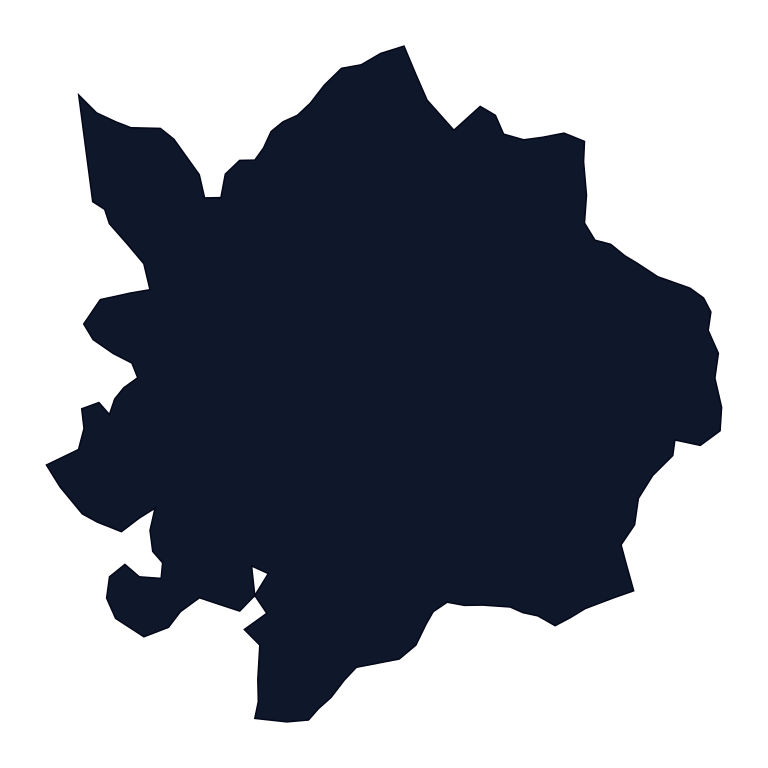 the district of Cerquilho, São Paulo, Brazil
{"feature_id": "56859067B20358363465828", "entity_name": "Cerquilho", "entity_type": "district", "adm_level": 2, "iso_a3": "BRA", "parent_name": "Brazil", "parent_adm1": "São Paulo", "projection": "albers", "projection_center": [-47.765, -23.188], "detail": "fine", "context": "isolated", "style": "filled", "palette": "ink", "viewbox_px": 768, "rotation_deg": 0, "n_neighbors": 0, "source": "geoboundaries", "source_scale": "gbopen_adm2", "svg_char_len": 1709}
<svg xmlns="http://www.w3.org/2000/svg" viewBox="0 0 768 768"><path d="M634.6,524.8L638.4,498.4L652.7,475.5L672.8,455.5L674.9,440.0L700.3,445.4L720.1,430.8L721.6,407.3L714.9,378.1L718.4,353.3L708.2,330.4L710.9,312.0L703.6,298.0L690.1,288.2L673.8,282.4L657.7,276.7L637.0,263.1L624.7,255.7L610.7,244.3L595.0,240.2L584.5,223.0L586.5,195.1L583.6,161.7L584.5,141.4L564.0,133.1L542.4,137.3L523.7,139.8L503.6,134.1L495.4,115.3L480.2,106.4L453.9,130.2L427.1,100.1L416.0,74.7L404.0,46.1L380.7,53.4L361.1,64.8L341.5,68.3L324.3,85.1L310.3,103.2L297.4,115.3L283.1,121.7L271.1,131.5L263.5,148.0L254.8,160.1L239.6,160.4L225.3,174.1L220.9,197.6L204.6,197.9L199.3,174.7L173.9,139.2L160.4,128.4L130.9,127.7L115.5,121.7L96.5,112.8L78.7,95.0L92.7,201.7L104.7,209.4L109.4,223.7L127.5,244.3L143.8,263.7L150.0,289.7L131.0,292.9L100.3,299.6L83.7,324.0L93.1,339.6L113.2,353.5L131.9,363.1L137.7,377.7L123.7,387.8L114.7,399.0L109.4,414.5L98.9,402.5L81.7,408.8L84.0,428.5L78.5,449.5L46.4,465.0L60.1,487.0L82.3,513.9L97.5,522.2L121.4,531.7L139.2,518.1L155.0,508.2L150.0,530.4L152.7,551.4L162.6,562.8L161.1,578.4L139.3,576.8L124.9,564.4L109.5,576.8L106.6,598.1L115.6,618.4L143.9,636.8L168.5,627.3L180.4,611.7L199.4,597.8L217.5,603.8L239.7,611.1L254.8,595.5L266.8,613.3L244.3,629.5L259.8,645.1L257.8,679.4L258.3,701.6L254.8,718.4L286.9,721.9L308.5,720.0L318.5,708.6L331.0,697.5L344.4,680.0L356.4,667.3L377.7,663.2L399.3,659.0L415.9,645.1L426.1,624.1L433.2,611.7L447.2,602.2L464.4,605.4L482.5,605.1L510.2,607.0L523.0,612.7L537.9,615.9L555.1,625.7L570.6,617.5L585.2,608.6L612.9,598.1L633.7,590.8L626.1,563.5L621.1,544.8L634.6,524.8ZM254.8,595.5L251.6,566.0L268.3,573.6L254.8,595.5Z" fill="#0f172a" stroke="#020617" stroke-width="1.5"/></svg>